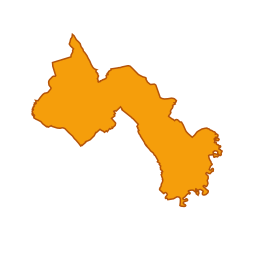 outline of Khu Mueang, Buri Ram, Thailand, rotated 130°
{"feature_id": "78962969B7360435516944", "entity_name": "Khu Mueang", "entity_type": "district", "adm_level": 2, "iso_a3": "THA", "parent_name": "Thailand", "parent_adm1": "Buri Ram", "projection": "robinson", "projection_center": [103.038, 15.283], "detail": "fine", "context": "isolated", "style": "filled", "palette": "amber", "viewbox_px": 256, "rotation_deg": 130, "n_neighbors": 0, "source": "geoboundaries", "source_scale": "gbopen_adm2", "svg_char_len": 5752}
<svg xmlns="http://www.w3.org/2000/svg" viewBox="0 0 256 256"><g transform="rotate(130 128 128)"><path d="M171.4,156.0L172.2,152.7L171.1,152.6L171.1,152.0L166.2,151.2L166.1,151.6L165.3,151.5L163.8,150.6L161.2,149.4L155.7,148.9L152.1,149.8L151.9,149.3L147.0,148.6L146.9,146.8L146.4,145.1L146.4,143.2L144.1,142.8L144.2,141.5L140.3,141.7L140.1,140.7L139.2,140.5L138.3,139.7L137.6,140.5L137.3,139.9L134.3,139.5L132.5,140.4L132.1,140.9L131.2,146.8L127.2,145.9L126.6,147.4L125.2,146.9L124.3,149.6L123.4,149.2L122.9,148.8L122.9,148.5L122.5,148.4L122.5,147.9L116.6,147.3L117.4,144.4L117.9,144.4L117.6,132.2L117.8,131.0L117.6,130.0L118.5,123.4L118.5,122.6L121.1,122.1L121.3,120.8L121.7,120.8L122.6,118.7L122.9,118.7L122.9,118.1L124.0,118.2L124.6,117.3L125.4,115.5L125.8,113.6L126.2,113.3L128.4,106.3L129.2,105.0L129.6,103.5L129.4,103.4L129.6,102.4L129.9,102.5L130.4,98.5L131.0,95.8L130.9,92.6L131.8,90.4L131.6,89.5L133.7,83.9L135.0,83.8L134.7,81.0L135.8,80.7L136.1,78.5L137.4,78.0L137.8,77.3L138.6,76.7L138.9,76.2L138.7,74.7L139.2,74.2L139.3,73.4L140.6,73.7L141.1,72.7L141.9,72.4L142.4,72.6L144.7,68.8L145.0,68.4L145.4,68.4L145.4,68.1L145.9,67.6L147.2,66.9L149.5,66.4L151.6,65.1L153.1,65.1L153.6,64.7L154.5,64.6L155.0,64.0L155.3,58.7L155.2,58.4L154.3,58.4L153.4,57.9L153.1,57.3L153.2,56.0L153.8,55.0L156.7,54.9L157.6,54.4L157.7,53.9L157.2,53.7L156.8,52.7L157.3,51.4L152.9,47.6L149.3,46.3L148.5,45.3L148.1,44.2L148.2,43.2L148.8,42.1L151.2,40.2L154.0,38.4L153.8,37.2L152.0,34.5L150.9,33.8L150.2,34.0L150.0,34.7L150.3,36.8L150.0,37.4L149.4,37.7L148.3,37.6L146.7,36.5L145.5,35.8L144.8,36.0L144.4,37.5L144.8,38.0L146.1,38.2L146.8,39.0L147.1,39.9L146.6,40.7L146.1,40.7L144.0,40.1L141.0,40.1L139.6,39.8L139.1,39.5L139.0,38.5L138.4,38.3L137.8,38.8L137.9,40.9L137.5,41.2L137.0,41.2L135.0,39.7L133.8,38.2L133.7,34.4L134.5,33.5L134.4,31.2L133.6,31.6L132.8,31.5L131.5,32.7L131.4,33.2L132.5,34.4L132.7,35.1L131.8,36.6L131.0,36.9L130.8,36.3L131.1,35.4L131.0,34.9L130.4,34.2L128.8,33.4L128.3,32.4L128.0,30.5L128.3,29.7L129.7,29.3L130.7,28.7L131.0,28.0L130.9,27.3L130.4,26.6L129.0,25.6L126.3,25.2L125.2,25.6L124.5,26.4L124.7,28.7L124.4,30.5L124.6,31.8L124.3,33.0L123.7,33.2L123.0,32.6L122.7,30.7L122.3,30.3L120.7,30.5L118.9,31.2L117.3,33.6L115.0,34.2L113.7,35.4L113.2,36.2L113.2,38.3L112.7,39.2L111.9,39.2L111.5,39.0L110.9,36.7L110.2,35.8L107.6,35.7L106.3,35.0L104.7,36.1L104.4,36.7L104.6,37.3L105.2,37.5L107.0,37.4L107.5,38.0L107.6,39.1L104.1,40.3L102.3,40.1L101.7,40.2L101.4,40.9L101.4,41.8L100.5,42.8L100.0,44.6L99.0,46.5L97.3,48.5L96.2,48.2L95.2,46.9L93.6,46.1L93.5,45.7L94.3,45.0L94.4,44.2L95.0,43.8L95.1,43.4L94.8,42.9L93.2,42.3L92.8,41.0L92.3,40.8L91.0,40.9L90.5,42.4L90.5,42.8L91.2,43.3L91.8,44.8L92.3,45.3L92.2,46.9L91.6,47.4L89.6,46.9L88.5,44.9L88.6,43.9L90.0,42.7L89.9,41.9L90.1,40.1L89.8,39.6L88.6,39.3L87.6,40.4L85.3,41.0L85.1,41.5L85.5,42.2L85.2,43.5L85.7,44.4L85.6,44.9L84.7,45.5L83.8,45.0L83.0,44.9L82.5,45.2L82.3,45.6L82.5,46.2L83.3,46.6L82.9,48.0L83.3,48.7L83.4,50.0L82.4,51.2L82.4,51.5L83.5,52.1L83.6,52.5L82.0,53.1L81.3,54.6L80.9,55.0L79.6,54.7L78.9,55.0L78.6,54.3L78.7,54.0L80.7,53.4L80.7,51.9L79.6,50.7L78.3,50.8L77.8,51.9L78.2,53.0L78.0,53.5L77.4,54.0L76.2,53.9L75.5,54.7L75.6,56.5L76.5,57.1L75.5,57.8L75.3,59.1L75.9,60.5L76.1,62.4L76.7,63.5L76.6,65.1L77.4,67.0L77.3,67.5L78.8,68.9L81.2,70.7L85.2,72.2L86.8,72.6L90.7,72.4L93.8,72.8L93.7,78.1L93.4,80.6L93.0,82.0L90.2,87.7L89.1,90.8L90.0,92.1L89.8,95.3L90.5,96.5L91.3,96.9L92.4,97.0L92.4,99.3L92.7,99.5L93.0,104.4L92.1,104.8L91.3,104.6L88.7,105.0L88.4,105.9L87.8,106.0L87.4,106.5L85.8,106.8L84.1,106.8L82.5,107.5L82.4,108.1L81.3,108.2L79.3,107.3L78.9,108.6L78.5,108.0L76.9,108.1L76.8,108.5L75.9,108.6L75.8,111.1L76.2,112.3L77.2,113.9L80.0,116.3L82.4,118.8L83.5,120.8L84.0,122.9L77.3,134.2L77.3,135.4L77.5,136.1L80.1,138.6L80.3,139.4L80.3,142.6L79.2,145.4L78.9,145.8L78.2,146.1L78.1,146.4L78.3,147.5L79.3,149.6L80.2,153.5L80.3,154.8L79.5,162.8L79.3,166.1L79.9,167.5L80.7,168.4L84.9,171.7L87.0,173.0L87.5,173.7L88.6,174.5L93.7,179.0L94.3,178.3L97.2,179.2L97.9,178.8L98.9,178.9L99.9,177.7L100.2,178.1L100.2,178.7L101.1,178.2L101.8,178.5L103.0,177.0L104.5,176.8L105.5,177.4L106.0,177.4L106.6,178.1L107.1,178.1L107.5,178.5L108.6,178.7L109.5,179.4L110.0,179.2L110.5,179.3L110.6,179.7L111.7,180.0L111.8,180.7L110.7,181.5L109.9,183.2L109.1,183.2L108.2,183.8L107.1,184.0L106.2,186.2L105.8,186.2L105.6,187.2L105.7,188.0L105.4,188.5L105.4,188.8L104.3,189.6L103.9,189.7L103.5,189.5L104.3,191.7L104.2,193.8L103.0,197.1L101.4,200.1L100.1,203.6L99.0,205.9L98.0,209.7L97.8,211.5L96.6,213.2L95.9,216.2L94.2,218.8L93.8,221.1L93.6,224.3L92.0,228.7L92.0,230.8L94.4,229.3L96.7,229.1L99.4,227.7L101.4,227.0L102.1,224.8L102.4,220.6L104.0,220.4L105.3,219.2L108.7,218.5L110.2,217.4L126.4,227.9L129.1,225.2L134.4,217.0L135.1,217.0L136.3,218.4L137.1,218.8L141.4,219.1L143.1,218.8L144.1,218.1L145.9,216.1L146.7,212.9L147.4,212.3L152.0,212.2L153.1,212.7L155.1,214.3L157.1,214.8L161.2,214.8L164.9,214.4L165.2,215.0L165.6,215.2L166.3,216.5L166.6,215.6L167.9,215.2L167.9,214.8L168.5,215.1L168.8,215.5L169.1,214.9L169.3,215.4L169.5,215.2L169.3,214.8L169.7,215.0L170.2,214.7L170.5,215.0L171.2,214.4L172.1,214.1L172.1,213.8L172.8,214.1L173.1,213.7L174.0,213.8L174.4,212.9L174.8,213.1L174.7,212.7L174.8,212.4L175.1,212.5L175.3,212.3L175.6,212.7L177.1,211.9L177.6,210.8L177.8,210.5L178.2,210.7L178.1,210.0L178.5,209.7L178.9,209.8L178.6,209.0L179.4,209.3L179.4,208.9L179.6,208.1L179.3,207.8L179.7,207.8L180.0,207.4L179.8,207.1L180.7,206.6L180.4,204.1L179.9,202.5L179.1,198.9L179.6,196.0L179.4,191.2L178.8,191.0L178.7,189.7L175.6,188.3L175.7,187.8L175.3,186.5L173.5,182.2L171.9,179.9L170.1,178.5L169.5,177.6L169.0,175.8L169.6,170.6L169.8,165.3L170.6,162.3L170.7,160.3L171.4,156.0Z" fill="#f59e0b" stroke="#b45309" stroke-width="1.5"/></g></svg>